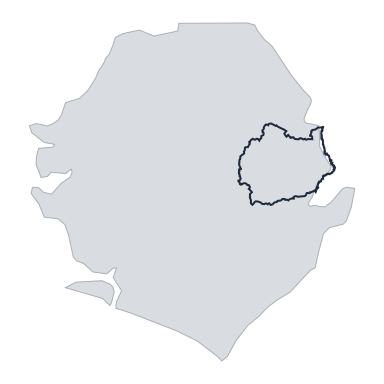 location of Kono, Eastern, Sierra Leone
{"feature_id": "65957751B39294828597109", "entity_name": "Kono", "entity_type": "district", "adm_level": 2, "iso_a3": "SLE", "parent_name": "Sierra Leone", "parent_adm1": "Eastern", "projection": "orthographic", "projection_center": [-10.815, 8.706], "detail": "fine", "context": "in_parent", "style": "outline", "palette": "slate", "viewbox_px": 384, "rotation_deg": 0, "n_neighbors": 0, "source": "geoboundaries", "source_scale": "gbopen_adm2", "svg_char_len": 7441}
<svg xmlns="http://www.w3.org/2000/svg" viewBox="0 0 384 384"><path d="M354.6,188.3L354.3,191.7L351.2,207.4L346.3,220.9L343.1,224.2L329.3,227.7L323.5,233.7L318.4,252.8L315.2,267.8L310.4,270.3L290.2,292.0L276.9,300.2L267.7,307.2L258.9,316.4L247.9,325.3L236.1,340.4L227.6,356.1L221.8,361.0L217.5,356.5L197.3,341.0L176.1,330.6L130.9,313.1L115.8,308.2L116.4,302.0L121.6,290.8L113.2,277.6L116.5,268.0L113.3,268.0L106.8,273.8L93.0,272.0L83.9,263.7L76.4,260.7L73.2,256.5L68.5,234.8L65.1,224.9L58.3,218.8L44.4,217.2L38.8,203.9L31.2,193.6L32.4,187.3L38.7,187.7L43.6,192.3L51.5,194.3L61.3,183.2L70.2,177.2L72.2,171.9L71.2,169.0L65.8,173.5L51.2,172.3L47.6,176.3L41.1,177.5L36.1,164.5L36.4,156.8L38.6,148.4L53.2,147.1L54.5,144.3L44.3,142.5L31.7,132.6L29.4,125.8L35.8,123.6L41.8,124.6L47.0,126.1L52.7,123.7L58.1,120.0L61.3,115.3L65.6,102.6L79.4,98.4L87.6,90.7L95.4,78.6L98.9,70.1L102.1,65.9L104.2,62.2L105.7,58.2L109.1,54.5L112.8,45.5L115.3,37.4L123.2,33.5L139.4,30.1L154.0,36.1L177.7,31.0L178.9,23.3L200.6,23.2L226.3,23.1L247.6,23.0L254.9,25.1L257.6,30.8L264.6,39.8L272.0,46.1L281.0,59.7L291.6,75.6L303.1,89.9L310.5,97.7L311.3,100.4L310.8,103.5L307.1,110.8L304.0,118.7L304.4,121.6L306.5,123.1L318.5,125.6L319.6,134.4L319.6,146.5L325.5,157.9L331.0,166.2L330.7,169.2L317.2,183.5L311.9,197.6L309.2,201.6L308.2,204.8L310.9,206.3L314.6,205.3L319.9,206.5L324.9,206.9L331.5,201.8L342.5,188.8L346.2,187.2L354.6,188.3ZM111.5,302.7L109.9,305.5L102.7,298.5L65.4,287.7L76.0,282.2L101.9,280.7L109.6,284.0L113.0,286.7L114.2,291.9L111.5,302.7Z" fill="#d9dde1" stroke="#a8b0b8" stroke-width="1"/><path d="M314.8,190.5L315.7,191.9L315.9,191.4L315.9,191.0L315.7,190.7L316.1,190.4L316.0,190.1L315.7,189.8L315.9,189.5L316.5,189.4L316.8,189.2L316.9,188.8L316.6,188.3L316.6,188.0L316.7,187.7L317.7,188.2L318.1,187.7L317.9,187.5L318.1,187.2L317.5,186.6L317.3,186.2L317.5,185.8L317.8,185.3L318.1,183.7L318.6,183.4L318.8,183.1L318.8,182.9L318.7,182.6L318.7,182.2L319.0,181.8L319.3,182.2L319.5,182.0L319.8,181.7L320.2,181.8L320.7,181.6L321.0,181.3L321.4,179.9L321.9,179.0L322.5,178.7L322.8,178.8L323.1,178.8L323.0,178.1L323.2,177.7L323.1,177.3L323.2,176.9L322.9,176.3L322.9,176.1L323.3,175.9L323.6,175.6L324.1,175.7L324.4,175.9L324.6,175.9L324.7,175.4L324.8,175.4L325.1,175.5L325.5,175.1L326.1,175.0L326.4,174.8L326.6,174.2L327.0,174.0L327.3,174.0L327.7,174.2L327.9,174.1L328.9,173.6L329.1,173.8L329.3,174.1L329.8,174.2L330.1,173.6L331.8,173.0L332.0,172.8L331.8,172.5L331.9,172.3L332.2,172.0L333.3,171.4L333.5,170.8L333.9,170.7L334.2,170.4L334.0,170.0L333.6,169.6L334.1,169.1L334.1,168.4L334.3,168.0L334.5,167.9L334.8,168.2L334.9,167.9L334.7,167.7L334.9,167.2L334.3,166.7L334.1,166.3L333.8,166.7L333.6,166.7L333.7,166.1L333.7,165.7L333.9,165.5L333.7,165.3L333.4,165.4L333.1,164.9L332.8,165.0L332.8,164.6L332.2,164.1L331.6,164.2L331.6,163.9L331.8,163.5L331.3,163.7L331.1,163.5L331.2,163.1L331.4,163.0L331.5,163.0L331.5,162.2L331.0,162.0L330.9,161.7L330.6,161.4L330.4,160.9L330.6,160.5L331.0,160.4L331.4,160.5L331.5,160.3L331.4,160.1L331.0,160.1L330.6,160.4L330.4,160.3L330.2,160.2L329.9,160.4L329.8,160.0L330.0,159.8L330.0,159.7L329.8,159.1L329.7,158.4L329.3,157.4L329.0,155.8L328.7,155.6L328.4,155.4L328.0,155.3L327.6,155.0L327.5,154.6L327.1,154.4L327.1,154.1L326.8,153.9L326.8,153.6L326.7,153.6L326.3,153.5L326.2,153.7L325.8,153.8L325.7,154.1L325.5,153.7L325.1,153.4L324.5,153.5L324.5,153.3L324.7,152.9L324.4,152.2L324.9,151.6L324.7,151.4L324.8,151.3L324.7,151.0L324.8,150.8L324.6,150.6L324.7,150.3L324.6,149.2L324.4,148.8L324.4,148.0L324.2,148.0L324.2,147.6L323.9,147.3L323.8,146.3L323.6,146.1L323.4,145.7L323.5,145.5L323.5,145.2L323.3,144.5L323.2,144.5L323.0,144.4L323.1,144.1L322.9,143.9L322.9,143.3L322.9,143.1L323.0,142.5L323.0,142.3L323.1,142.1L322.9,141.5L323.0,141.2L322.9,140.7L322.6,140.4L322.6,140.0L322.7,139.8L322.5,139.6L322.2,139.5L322.3,139.4L322.1,139.0L322.1,138.7L321.9,138.5L322.1,138.4L322.0,138.1L321.8,137.2L321.5,136.7L321.4,136.8L321.4,136.5L321.8,136.5L321.8,136.0L321.6,136.1L321.5,135.8L321.4,135.6L321.5,135.4L321.3,134.6L321.4,133.8L321.2,133.3L321.4,132.4L321.5,132.3L321.6,132.0L321.8,131.7L321.5,131.6L321.4,131.2L321.6,130.7L322.1,130.5L322.1,130.3L322.4,130.4L322.5,130.1L322.3,129.5L322.4,129.3L322.4,129.0L322.3,128.8L322.6,128.4L322.6,128.2L322.9,127.8L323.1,127.0L322.6,126.9L321.5,127.4L320.5,127.5L319.8,127.5L319.3,127.6L317.9,127.5L317.4,128.0L315.7,129.4L312.4,130.1L311.8,130.4L311.7,131.1L311.4,131.1L311.1,131.8L311.4,132.6L310.9,134.0L310.1,135.2L310.1,135.8L310.9,135.9L311.7,136.1L312.1,136.8L312.3,139.2L310.5,139.1L309.1,139.1L307.6,139.2L306.3,139.7L305.3,139.4L305.0,138.8L304.3,139.0L303.4,139.4L302.9,139.2L302.0,138.6L301.2,138.6L300.6,138.2L299.7,138.3L298.7,139.3L295.8,139.1L294.7,138.9L294.0,137.9L293.8,137.7L293.4,137.6L293.1,137.2L292.5,137.3L291.4,137.8L291.2,137.7L290.9,137.6L290.5,137.8L290.4,137.7L290.5,137.1L289.9,136.9L289.6,136.6L288.5,135.2L288.2,134.9L286.6,136.7L285.7,135.8L285.3,135.2L285.1,135.0L285.0,134.6L284.6,134.1L284.4,133.4L286.3,131.1L284.8,130.2L283.8,129.4L282.1,128.8L281.0,128.1L280.1,127.8L277.6,126.5L276.5,125.4L275.8,125.9L272.1,124.0L271.0,123.5L269.1,123.8L268.4,124.3L268.2,125.2L266.7,124.6L265.7,124.6L264.4,126.2L263.9,127.2L263.8,128.5L263.3,129.6L262.4,130.4L262.4,131.0L262.6,132.0L263.1,132.0L263.5,132.5L263.6,134.4L263.3,135.0L262.3,135.6L261.4,135.9L261.2,136.8L261.3,137.8L260.9,138.6L260.0,139.2L259.3,140.6L258.0,138.9L256.5,138.8L255.3,139.7L254.1,139.4L252.9,138.8L252.5,139.3L251.3,139.6L251.1,139.9L250.3,140.9L250.1,141.4L249.3,141.9L249.6,142.4L250.0,141.9L249.8,143.0L249.4,143.3L249.7,144.1L249.1,144.8L247.9,147.1L245.3,147.3L244.9,147.9L244.9,149.1L244.7,150.4L243.9,151.5L244.2,153.1L243.9,153.8L242.4,154.7L240.3,156.5L240.4,157.7L240.1,158.3L240.1,159.3L239.6,159.6L239.4,160.3L239.3,161.4L239.5,162.1L239.1,163.0L239.3,163.8L239.1,164.7L240.2,167.4L241.0,168.7L241.0,168.9L239.1,169.3L239.0,169.7L239.2,170.6L239.5,170.8L239.4,171.2L239.1,171.2L239.2,171.8L238.8,172.3L238.9,172.8L239.0,173.5L239.3,173.6L239.2,174.2L239.6,175.0L239.6,175.9L239.9,175.8L240.0,176.2L240.1,176.4L240.1,176.7L240.4,177.6L240.4,178.2L240.6,178.6L240.3,178.8L240.3,179.6L239.8,180.2L238.9,180.9L238.4,180.7L238.3,181.0L238.7,181.6L239.4,182.0L239.7,183.0L239.9,183.9L240.4,183.9L240.2,184.3L240.9,184.7L242.0,184.3L242.9,183.6L243.6,183.3L245.0,183.2L245.6,183.3L246.1,183.6L246.5,183.9L246.8,184.5L247.1,184.8L248.0,185.2L248.3,185.0L248.8,185.1L249.8,186.6L249.8,187.6L248.8,188.9L249.7,189.6L250.7,190.8L251.3,191.3L251.9,192.2L249.9,194.2L249.9,195.3L250.2,196.3L249.8,197.1L250.1,198.2L251.0,200.5L251.0,201.4L250.8,202.7L251.2,203.8L252.4,204.8L253.2,204.0L254.8,202.0L255.6,201.4L256.9,201.4L258.5,201.7L259.6,202.2L260.5,202.4L261.1,202.8L261.9,203.7L262.6,204.1L263.4,204.0L264.3,204.1L265.2,203.5L266.1,203.5L266.9,203.8L267.6,204.3L268.2,203.8L269.1,203.3L269.8,203.8L270.5,204.9L271.0,204.9L272.6,204.3L273.3,203.5L274.2,202.7L274.8,202.4L276.9,201.9L277.5,200.9L278.5,200.7L279.7,200.7L280.6,200.5L281.6,200.0L282.2,199.1L282.6,199.0L283.7,198.8L284.8,199.1L285.2,199.9L286.7,199.6L288.4,200.4L289.7,199.2L291.0,198.7L292.7,198.5L293.8,198.6L293.8,198.0L293.4,197.3L294.5,196.5L295.4,196.2L296.2,196.2L298.1,196.8L300.7,196.4L302.2,196.4L303.6,196.2L304.8,196.1L305.5,195.5L306.1,194.8L306.4,193.8L306.8,193.0L309.6,193.1L309.8,192.3L310.6,192.3L311.5,192.2L312.4,191.5L313.7,191.2L314.0,190.8L314.8,190.5Z" fill="none" stroke="#1e293b" stroke-width="2"/></svg>